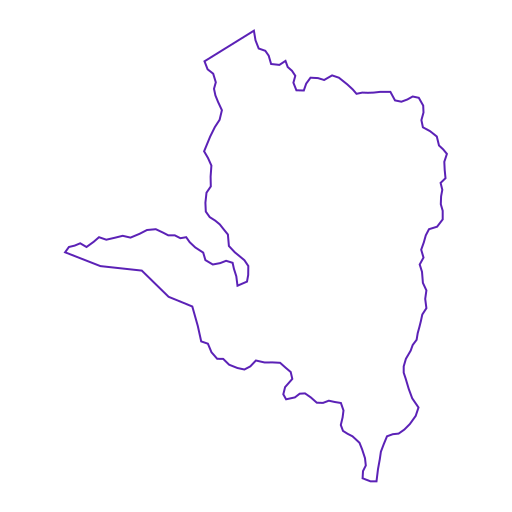 Braço do Norte, Santa Catarina, Brazil (Mercator projection)
{"feature_id": "56859067B64093274156036", "entity_name": "Braço do Norte", "entity_type": "district", "adm_level": 2, "iso_a3": "BRA", "parent_name": "Brazil", "parent_adm1": "Santa Catarina", "projection": "mercator", "projection_center": [-49.147, -28.249], "detail": "fine", "context": "isolated", "style": "outline", "palette": "violet", "viewbox_px": 512, "rotation_deg": 0, "n_neighbors": 0, "source": "geoboundaries", "source_scale": "gbopen_adm2", "svg_char_len": 2435}
<svg xmlns="http://www.w3.org/2000/svg" viewBox="0 0 512 512"><path d="M422.9,127.3L421.4,120.1L423.5,112.5L423.2,105.6L418.8,97.8L412.7,96.5L407.3,99.5L401.4,101.7L395.0,100.4L390.4,91.9L379.8,91.9L373.6,92.6L367.9,92.8L362.3,92.6L356.5,93.8L352.8,89.5L347.3,84.4L338.9,77.7L332.1,75.4L324.1,80.0L318.0,78.1L310.5,77.7L306.2,83.6L303.8,90.5L296.4,90.3L293.4,82.7L295.3,75.8L292.0,70.8L287.7,67.0L285.5,60.9L279.4,64.9L271.1,64.0L268.7,55.7L265.3,50.8L258.7,48.5L255.5,40.3L253.9,30.7L204.5,61.3L207.6,69.3L213.2,73.7L215.8,82.3L214.0,88.8L215.4,95.4L218.0,101.8L221.9,110.2L219.6,119.8L214.9,127.0L210.2,136.5L204.1,151.3L208.0,158.0L211.4,165.6L210.6,176.7L210.8,186.4L206.5,192.7L205.4,202.7L205.8,211.6L209.7,217.1L215.2,220.6L219.8,224.4L223.9,229.6L227.9,234.5L228.9,246.0L234.8,252.3L239.2,255.9L244.4,260.2L248.3,266.0L248.2,275.0L247.0,281.6L237.5,285.7L236.3,276.3L233.9,268.7L232.6,262.8L226.1,260.8L220.2,263.1L212.8,264.5L205.4,260.1L203.2,252.6L195.2,247.4L189.7,242.2L186.2,237.2L180.4,238.2L174.7,235.3L168.2,235.3L163.0,232.6L155.8,229.2L147.0,230.0L139.6,233.8L130.5,237.6L122.7,235.8L114.6,237.8L106.3,239.7L99.0,237.2L93.7,241.8L86.5,247.0L80.2,243.3L74.7,245.6L68.9,247.0L65.1,252.3L100.4,266.1L141.8,270.6L168.6,296.8L192.3,306.5L197.8,326.0L201.2,341.4L207.9,343.7L211.5,352.3L217.2,358.8L223.2,358.9L229.1,364.7L237.4,368.0L244.4,369.5L250.3,366.4L255.9,360.5L264.7,362.5L272.5,362.4L280.1,362.8L285.6,367.7L290.7,372.0L292.3,378.9L285.1,387.1L283.3,394.3L286.1,399.3L294.9,397.4L299.7,393.7L305.0,393.4L310.8,397.4L316.8,402.7L323.0,402.9L328.8,400.7L334.8,402.0L340.9,403.0L343.5,410.5L342.6,417.4L340.8,425.0L343.0,430.9L347.6,433.8L352.5,436.3L359.5,442.8L362.1,449.3L365.0,458.2L365.8,465.5L363.0,471.1L362.6,478.3L370.4,481.3L376.5,481.3L378.0,469.1L379.8,459.2L380.9,451.7L383.7,444.3L387.0,436.3L392.8,434.2L398.6,433.6L404.3,429.6L409.8,424.1L415.7,415.9L418.5,407.5L412.2,398.3L408.7,388.8L405.7,378.7L403.7,372.7L403.7,366.4L405.9,358.8L410.7,350.6L412.7,345.0L416.6,339.8L417.7,333.2L419.4,327.0L420.9,321.0L422.3,314.5L426.4,308.2L425.2,298.9L426.4,290.4L422.9,282.9L422.0,271.8L419.7,264.5L423.5,257.6L421.2,249.7L423.8,242.4L425.8,235.3L429.0,229.2L437.1,226.7L442.7,219.4L442.7,210.8L440.8,204.2L441.1,196.3L442.3,189.8L440.6,182.9L445.5,178.2L444.7,170.0L444.3,161.8L446.9,153.9L443.2,149.4L439.0,145.5L436.8,136.5L430.1,131.2L422.9,127.3Z" fill="none" stroke="#5b21b6" stroke-width="2"/></svg>